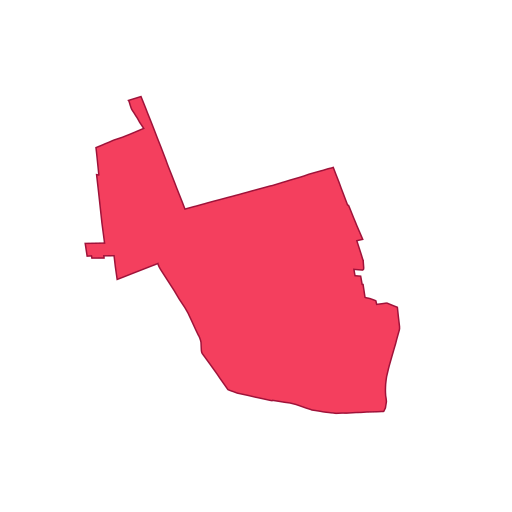 outline of Dumbravita, Timis, Romania, rotated 224°
{"feature_id": "2599482B50242835531665", "entity_name": "Dumbravita", "entity_type": "district", "adm_level": 2, "iso_a3": "ROU", "parent_name": "Romania", "parent_adm1": "Timis", "projection": "natural_earth1", "projection_center": [21.239, 45.803], "detail": "fine", "context": "isolated", "style": "filled", "palette": "rose", "viewbox_px": 512, "rotation_deg": 224, "n_neighbors": 0, "source": "geoboundaries", "source_scale": "gbopen_adm2", "svg_char_len": 3380}
<svg xmlns="http://www.w3.org/2000/svg" viewBox="0 0 512 512"><g transform="rotate(224 256 256)"><path d="M427.2,203.8L414.1,193.0L389.6,172.6L373.9,160.1L387.6,146.4L385.1,144.5L377.4,138.6L374.4,141.8L372.6,140.5L363.9,149.0L365.6,150.4L358.3,157.6L349.5,150.4L339.6,142.7L336.9,148.5L333.0,157.1L326.9,170.4L321.4,182.4L321.2,182.2L318.2,180.9L315.2,180.0L290.9,174.3L281.4,171.7L271.4,169.5L265.2,167.7L257.1,164.6L247.9,161.0L242.5,159.0L241.3,158.7L239.4,157.9L237.3,156.8L235.6,155.7L229.8,150.2L228.6,149.3L227.9,148.9L226.9,148.5L214.8,146.4L201.6,144.0L197.5,143.1L183.4,140.4L181.8,141.0L179.1,142.2L178.2,142.7L177.1,143.1L176.1,143.6L175.2,143.9L174.0,144.5L172.1,145.7L170.0,147.0L164.7,150.3L158.1,154.2L156.1,155.5L150.9,158.7L145.7,161.9L143.9,163.1L143.8,163.7L139.1,167.0L133.6,170.8L129.6,173.8L128.9,174.2L126.3,175.7L124.2,176.9L122.3,177.8L119.7,179.0L116.4,180.5L114.6,181.3L112.8,182.2L111.0,183.1L109.8,183.7L108.9,184.0L105.7,186.3L102.7,188.4L101.5,189.2L99.5,190.5L97.2,192.2L94.9,194.0L93.0,195.4L91.6,196.6L90.3,197.5L89.1,198.4L85.0,202.8L81.6,206.0L75.4,212.8L71.9,216.3L67.9,220.8L66.5,222.2L60.4,228.4L57.7,231.3L56.4,232.6L56.2,233.0L56.6,234.3L57.0,235.5L57.2,236.2L57.4,236.7L58.7,238.5L59.6,239.8L60.9,241.7L61.3,242.1L63.7,244.1L65.6,245.5L68.1,247.8L69.0,248.7L69.8,249.5L71.9,251.8L73.9,254.1L76.5,257.5L78.3,260.0L80.9,264.4L82.2,266.6L84.2,270.1L86.7,274.8L89.0,279.1L91.2,283.3L91.7,284.2L94.5,289.6L96.9,293.8L100.3,300.1L101.3,302.0L102.2,303.4L102.6,303.8L103.0,304.2L103.8,305.0L107.6,308.1L112.1,311.8L118.2,316.9L118.7,317.3L123.1,315.5L128.6,313.3L129.1,313.1L129.9,312.2L132.3,309.1L135.6,305.0L138.6,307.0L139.6,306.7L141.7,305.8L143.2,305.1L144.0,304.8L145.9,303.7L146.6,303.2L147.3,302.8L147.8,302.4L148.9,302.0L154.9,306.6L159.2,309.9L159.9,309.3L166.7,314.2L169.0,312.3L170.1,311.4L171.1,310.6L174.1,312.8L176.3,314.4L172.5,317.5L169.6,319.9L169.5,320.3L169.4,320.8L169.4,321.1L169.9,321.8L170.2,322.2L171.4,323.3L175.0,326.5L175.9,327.4L176.3,327.4L177.4,328.0L180.8,329.9L183.4,331.3L194.1,337.0L192.4,339.7L190.8,342.1L193.6,343.3L204.9,348.0L207.3,349.1L212.4,351.3L217.3,353.5L222.2,355.7L224.6,356.7L225.6,356.3L232.2,359.4L236.4,361.4L242.0,364.0L242.8,364.4L247.5,366.7L255.6,370.4L262.0,373.4L262.9,371.6L263.9,370.2L264.9,368.6L266.8,365.1L267.4,364.0L268.3,362.6L269.7,360.2L272.3,355.8L274.8,351.5L277.0,347.0L279.4,342.6L283.1,336.2L284.2,334.3L286.7,329.7L288.2,327.1L289.1,325.4L292.7,318.9L293.2,318.0L293.9,317.0L294.6,316.0L296.6,312.6L298.8,308.9L303.9,300.4L306.8,295.4L308.9,291.9L311.1,288.1L312.9,285.2L314.3,282.8L316.9,278.6L319.4,274.4L321.2,271.4L324.7,265.7L328.2,259.8L329.3,257.8L330.0,256.7L333.8,250.2L334.9,248.5L339.7,240.4L343.6,242.2L345.9,243.3L354.1,247.0L361.4,250.3L363.9,251.5L372.8,255.6L380.8,259.2L384.0,260.7L387.8,262.6L392.1,264.6L399.6,268.1L409.1,272.4L416.8,276.0L424.0,279.3L428.2,281.2L433.8,283.7L437.2,285.3L441.2,287.1L447.7,290.0L449.5,290.8L455.1,280.6L455.8,279.3L454.8,279.1L450.9,276.9L448.6,275.7L447.1,275.1L445.0,274.6L443.5,274.3L439.6,273.3L437.6,272.9L432.7,271.4L432.3,271.3L425.4,269.8L430.2,258.5L431.3,255.9L432.8,252.6L434.6,248.6L437.6,242.9L438.6,241.0L439.4,239.2L440.8,235.7L442.6,231.7L443.3,229.9L446.4,222.8L440.6,218.0L431.7,210.5L427.7,207.1L425.4,205.1L425.5,204.9L427.2,203.8Z" fill="#f43f5e" stroke="#9f1239" stroke-width="1.5"/></g></svg>